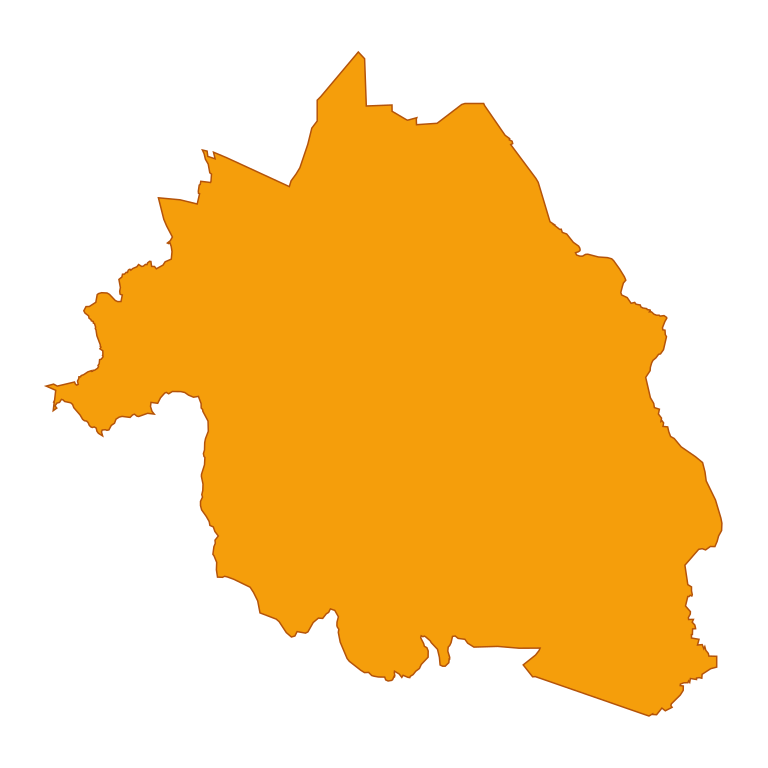 Zacoalco de Torres, Jalisco, Mexico
{"feature_id": "50627088B31834230260216", "entity_name": "Zacoalco de Torres", "entity_type": "district", "adm_level": 2, "iso_a3": "MEX", "parent_name": "Mexico", "parent_adm1": "Jalisco", "projection": "robinson", "projection_center": [-103.58, 20.244], "detail": "fine", "context": "isolated", "style": "filled", "palette": "amber", "viewbox_px": 768, "rotation_deg": 0, "n_neighbors": 0, "source": "geoboundaries", "source_scale": "gbopen_adm2", "svg_char_len": 6059}
<svg xmlns="http://www.w3.org/2000/svg" viewBox="0 0 768 768"><path d="M317.2,100.2L317.2,121.0L311.8,128.1L307.8,144.3L299.9,167.7L296.1,174.0L291.1,180.8L289.3,186.6L226.4,157.6L213.5,152.2L215.1,158.8L207.8,156.4L207.1,151.1L202.4,150.0L204.1,153.7L205.4,159.2L208.2,164.1L209.8,172.8L211.5,174.1L211.0,181.3L210.5,182.5L200.8,181.3L200.2,184.5L199.2,185.1L198.3,191.3L198.5,193.3L199.6,193.7L197.2,204.0L180.1,199.8L158.4,197.8L163.8,219.3L166.6,225.9L172.4,237.0L170.3,240.7L167.4,243.0L168.6,243.6L170.0,243.0L171.2,246.4L172.0,251.6L171.3,259.1L165.1,261.8L163.0,265.1L156.3,268.8L154.5,266.5L151.6,266.4L150.9,261.5L149.6,261.3L147.6,262.9L147.0,264.6L145.4,264.4L143.4,266.1L141.8,266.5L138.6,264.5L136.8,266.8L132.8,268.5L130.8,270.2L130.1,269.3L129.3,269.4L128.2,270.3L127.5,272.5L126.2,272.3L124.5,274.1L122.5,274.2L121.9,277.0L118.9,279.4L120.4,287.6L119.7,291.2L120.0,293.7L120.2,294.3L122.3,295.0L121.0,301.5L117.7,301.6L115.3,300.5L109.5,294.4L107.1,293.0L101.6,292.7L98.5,293.6L97.2,294.6L95.8,302.3L89.3,306.5L86.0,306.6L83.8,310.8L85.0,313.1L88.5,315.8L89.1,318.3L90.9,319.5L91.3,320.8L93.3,321.5L93.3,323.0L94.5,323.6L95.6,327.1L95.3,328.6L96.0,329.9L96.9,335.8L100.4,345.1L100.2,346.3L101.0,347.1L99.9,348.8L102.8,350.8L102.9,354.5L102.5,355.6L103.0,355.9L103.0,356.9L101.2,359.2L99.6,359.6L99.2,363.7L98.0,365.5L98.5,366.7L97.5,368.3L94.5,370.3L93.0,370.3L92.6,371.3L91.5,371.4L91.3,370.7L87.8,371.9L83.6,374.7L81.1,375.6L80.6,376.8L78.9,376.8L78.8,378.5L77.5,381.0L78.2,384.4L76.6,385.1L75.3,383.9L74.5,382.0L57.3,386.1L53.6,384.1L46.1,386.1L55.7,390.3L54.6,400.1L53.7,402.1L54.2,402.2L53.2,410.7L56.8,408.1L55.0,405.9L56.9,403.1L59.5,402.4L61.4,399.4L62.9,399.8L64.7,401.5L70.7,402.8L72.6,404.5L73.8,407.7L80.1,415.0L82.6,419.3L84.4,420.7L86.6,421.1L88.1,422.6L89.3,425.4L90.8,426.9L92.3,427.5L94.2,426.9L96.2,428.1L96.9,431.2L98.4,433.3L102.6,435.9L101.5,431.9L102.2,430.0L105.3,429.7L106.9,430.3L108.9,429.9L111.3,425.4L114.5,423.2L116.0,419.2L119.2,417.1L122.1,416.4L130.1,417.4L132.7,414.8L134.5,414.2L137.0,416.2L138.7,416.5L147.6,413.3L154.2,414.1L152.0,411.3L150.5,406.5L151.0,402.4L157.7,403.3L160.5,397.8L164.7,393.1L166.3,392.4L168.7,393.8L172.3,391.5L180.9,391.6L184.8,392.5L188.5,395.1L193.5,397.2L198.4,396.4L201.1,403.6L201.2,408.0L202.6,409.5L202.9,411.4L208.0,421.0L208.1,423.3L208.3,431.3L205.5,438.6L204.7,442.7L204.5,450.0L203.4,453.6L204.0,456.5L204.9,457.4L204.5,464.8L201.5,474.3L201.4,476.4L203.0,484.1L202.8,490.4L201.8,494.6L202.5,497.1L200.5,501.4L200.5,505.6L201.6,509.8L206.4,516.6L209.2,521.6L209.9,525.4L213.3,526.9L214.9,531.5L218.3,536.0L215.0,540.2L215.3,543.3L213.9,546.7L212.9,554.3L214.0,555.8L216.7,562.4L216.4,569.8L217.5,577.1L222.5,577.3L224.6,576.3L227.3,576.9L233.8,579.3L250.1,587.2L253.5,592.4L257.7,600.9L260.0,612.9L276.2,619.1L279.1,621.6L286.3,632.6L291.4,637.0L294.9,636.0L297.1,631.6L305.5,633.1L307.9,631.9L313.2,622.5L318.4,618.1L322.7,618.4L326.3,613.8L328.6,612.4L330.4,608.9L334.8,610.4L338.4,616.8L337.0,622.1L336.9,625.4L337.2,626.8L338.8,629.3L338.3,632.4L340.2,642.1L347.1,658.5L349.3,661.3L360.8,670.3L364.5,672.6L368.6,672.4L371.7,675.5L374.0,676.2L378.5,677.0L384.7,677.1L385.7,679.9L388.1,681.0L391.6,680.4L392.6,679.7L394.1,676.3L394.3,677.6L394.8,675.6L394.3,672.7L394.5,671.2L399.2,674.0L401.8,677.4L403.1,675.3L407.8,677.3L409.8,677.6L410.3,676.3L413.1,674.6L415.8,671.2L419.4,668.5L421.3,664.4L428.1,657.2L428.2,651.0L426.9,647.7L424.4,646.3L423.6,643.5L420.7,637.8L421.2,635.8L422.9,636.7L424.3,636.1L425.6,636.8L430.2,640.8L431.2,642.6L437.5,649.3L439.4,657.3L440.1,665.0L442.6,666.2L445.2,666.2L448.8,662.7L449.2,658.9L449.6,659.0L449.7,657.3L447.8,651.1L448.2,647.1L449.7,645.5L451.1,642.6L452.5,636.4L455.2,636.0L458.1,638.4L464.9,639.3L467.7,643.2L473.9,647.1L497.6,646.4L519.2,648.2L540.1,648.1L539.1,650.5L535.6,655.0L523.2,664.9L532.6,676.8L535.3,676.6L646.0,715.0L649.0,716.0L652.7,713.8L652.8,714.5L656.6,714.7L661.9,708.1L665.3,710.8L672.1,707.3L670.9,705.7L671.3,703.9L680.3,695.0L683.2,690.4L683.3,686.0L680.2,685.6L680.4,684.1L683.8,682.8L687.9,682.7L688.6,680.9L689.7,682.4L690.4,678.5L696.5,679.5L696.5,678.1L699.1,677.6L701.8,678.2L702.1,674.3L710.7,668.7L716.7,667.1L716.7,656.3L708.9,656.1L708.3,653.4L705.8,650.3L704.8,646.6L703.8,648.7L702.2,644.6L697.5,645.0L699.0,639.3L691.5,638.0L691.4,634.6L692.4,634.5L692.6,628.9L695.6,628.7L695.5,628.0L694.8,625.0L692.2,622.2L693.4,619.4L688.6,619.5L688.4,617.5L690.3,614.0L690.4,611.6L685.5,606.0L687.8,596.5L688.9,596.6L690.2,595.3L691.8,596.0L692.3,594.8L691.5,590.9L691.5,586.9L687.8,584.6L684.9,565.2L698.7,549.3L702.2,548.7L705.6,549.9L710.3,546.5L714.9,546.6L717.1,541.5L718.6,536.0L721.6,530.5L721.9,523.2L720.9,518.1L715.5,500.0L706.2,480.9L705.0,472.0L702.6,462.6L695.6,456.8L681.1,446.8L674.2,438.5L670.6,436.5L668.8,431.8L667.7,426.9L663.0,426.4L663.6,422.9L662.0,420.7L661.0,421.4L661.5,418.1L658.4,414.0L659.4,409.2L654.4,407.6L653.7,403.4L650.4,397.7L645.7,377.4L650.1,370.7L650.4,367.2L651.7,362.8L653.0,360.3L655.9,357.9L658.6,354.3L660.5,353.9L663.5,349.7L666.5,336.7L665.3,334.6L665.0,330.2L662.8,329.8L662.5,327.6L664.9,321.5L666.8,318.2L666.6,317.4L664.0,315.6L660.1,316.1L659.2,315.2L656.5,315.2L654.0,314.2L651.5,311.9L649.4,311.8L650.3,310.5L650.1,310.0L647.3,309.6L646.7,308.6L642.9,308.0L640.8,306.8L640.3,305.0L636.0,304.2L634.7,302.4L631.1,303.3L627.2,297.6L621.7,295.0L620.8,292.5L622.4,286.3L623.4,283.0L625.8,280.2L624.4,276.8L619.6,269.0L613.6,260.6L611.7,258.8L607.4,257.6L598.5,257.0L587.8,254.2L585.5,254.4L582.4,256.2L579.7,256.1L576.6,255.0L575.5,252.7L578.3,251.8L579.9,250.7L580.1,249.9L579.8,248.1L578.6,246.1L573.3,242.3L566.7,234.0L562.3,232.4L561.2,229.2L559.7,229.4L553.7,224.7L554.3,224.6L550.0,221.7L538.2,182.3L535.9,178.4L510.7,144.6L512.7,143.6L512.1,141.2L509.3,139.8L509.7,138.7L505.1,135.3L484.6,105.6L483.7,103.5L464.9,103.5L461.7,104.5L437.1,123.3L416.5,124.7L416.3,119.1L416.8,117.7L407.6,120.2L406.4,119.7L392.1,111.3L392.0,105.0L366.3,106.0L364.6,58.7L358.3,52.0L320.6,96.8L317.2,100.2Z" fill="#f59e0b" stroke="#b45309" stroke-width="1.5"/></svg>